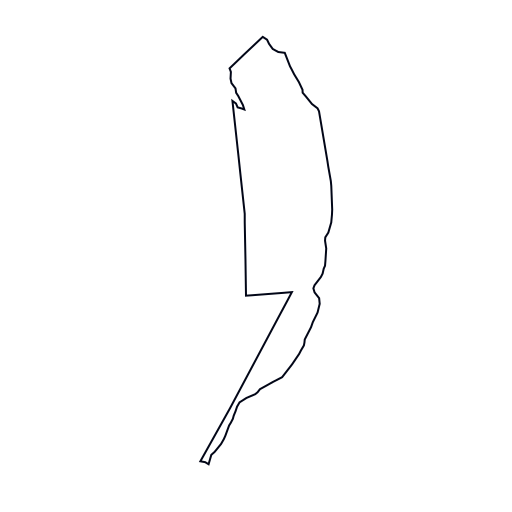 Poço das Trincheiras, Alagoas, Brazil (Albers equal-area conic projection), rotated 285°
{"feature_id": "56859067B60110343798371", "entity_name": "Poço das Trincheiras", "entity_type": "district", "adm_level": 2, "iso_a3": "BRA", "parent_name": "Brazil", "parent_adm1": "Alagoas", "projection": "albers", "projection_center": [-37.358, -9.289], "detail": "fine", "context": "isolated", "style": "outline", "palette": "ink", "viewbox_px": 512, "rotation_deg": 285, "n_neighbors": 0, "source": "geoboundaries", "source_scale": "gbopen_adm2", "svg_char_len": 1342}
<svg xmlns="http://www.w3.org/2000/svg" viewBox="0 0 512 512"><g transform="rotate(285 256 256)"><path d="M430.4,181.9L427.3,184.1L420.7,185.5L416.6,187.6L412.6,192.8L408.5,194.6L406.0,197.4L398.4,204.3L394.5,206.8L394.8,203.6L394.8,199.8L398.1,197.2L399.7,193.1L345.7,214.1L333.5,218.8L293.8,234.2L285.6,236.4L250.0,246.7L215.1,256.6L216.7,261.3L225.4,286.0L227.4,291.7L230.4,300.0L220.7,297.8L202.8,293.6L158.3,283.3L102.2,270.3L43.3,255.4L43.7,260.3L42.6,264.1L52.4,264.3L56.0,266.7L65.4,270.9L70.7,272.3L74.3,272.9L85.4,273.9L88.3,274.8L92.8,275.8L96.0,275.8L100.6,276.4L105.6,276.7L110.4,278.0L116.5,283.6L122.3,291.0L124.8,292.8L128.4,294.3L133.5,299.6L138.7,304.9L145.7,312.6L160.7,318.9L168.5,321.6L172.5,323.0L176.6,323.9L182.0,325.4L184.9,325.2L188.0,324.7L201.5,327.6L206.8,328.0L217.3,330.1L226.3,329.9L231.6,327.9L236.0,322.0L239.6,319.8L242.9,320.1L252.5,324.1L256.2,324.9L261.4,324.7L264.4,325.2L268.9,324.4L281.4,321.9L288.7,318.7L292.0,318.1L297.3,319.8L307.9,320.0L315.5,318.7L320.5,317.6L343.1,310.6L347.7,308.9L361.4,302.5L366.0,300.5L397.7,286.0L412.1,279.4L414.6,277.2L417.3,270.7L423.0,262.9L425.8,258.8L428.6,257.9L435.1,252.4L441.4,245.8L445.2,242.4L448.1,239.7L459.7,231.2L458.8,224.7L460.3,218.6L464.3,213.7L467.8,210.7L469.4,205.8L446.9,191.9L430.4,181.9Z" fill="none" stroke="#020617" stroke-width="2"/></g></svg>